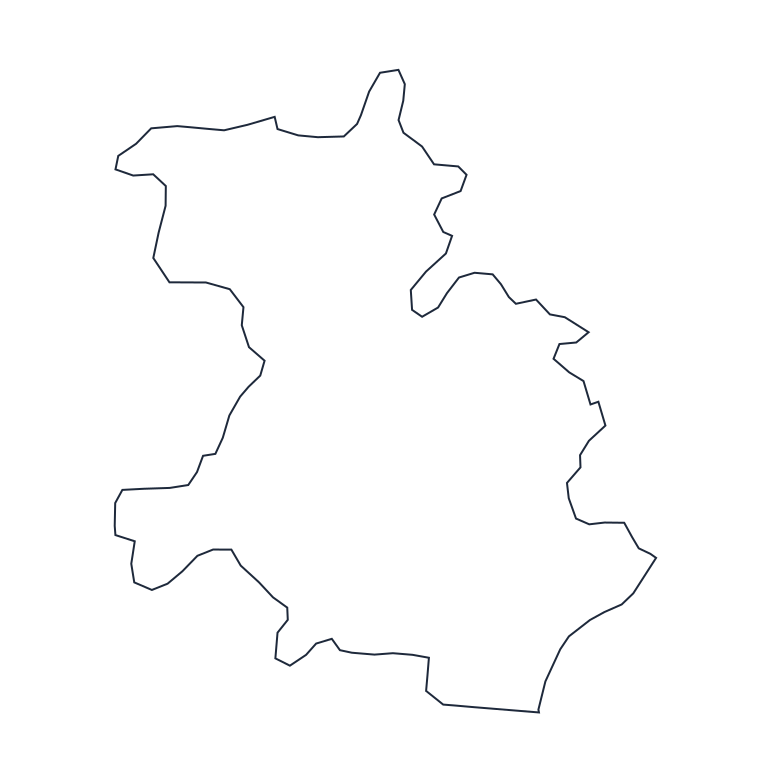 the district of Mungyeong-si, North Gyeongsang, South Korea, rotated 95°
{"feature_id": "91817680B43065782555772", "entity_name": "Mungyeong-si", "entity_type": "district", "adm_level": 2, "iso_a3": "KOR", "parent_name": "South Korea", "parent_adm1": "North Gyeongsang", "projection": "orthographic", "projection_center": [128.138, 36.686], "detail": "fine", "context": "isolated", "style": "outline", "palette": "slate", "viewbox_px": 768, "rotation_deg": 95, "n_neighbors": 0, "source": "geoboundaries", "source_scale": "gbopen_adm2", "svg_char_len": 1852}
<svg xmlns="http://www.w3.org/2000/svg" viewBox="0 0 768 768"><g transform="rotate(95 384 384)"><path d="M314.6,184.7L301.7,209.7L300.2,224.8L286.6,239.9L292.6,259.6L286.5,267.2L274.4,276.2L265.3,285.3L265.3,303.5L271.4,318.6L288.0,329.2L303.1,336.8L313.7,351.9L307.7,362.5L288.0,365.5L268.3,351.9L248.6,333.7L230.5,329.1L227.4,338.2L210.8,348.8L194.1,342.7L185.1,324.5L168.4,320.0L160.8,329.0L160.8,353.3L144.1,366.8L132.0,386.5L119.8,392.5L100.1,389.5L83.5,389.4L69.8,397.0L74.3,415.1L94.0,424.3L118.2,430.4L127.3,433.5L140.9,445.6L143.9,471.4L143.8,491.1L139.3,512.3L127.4,516.2L137.7,542.6L145.2,565.4L145.2,580.6L145.1,598.8L145.1,612.4L149.6,638.2L166.3,651.9L179.9,668.6L193.6,670.2L198.2,652.0L195.2,632.2L205.8,618.6L225.5,617.1L252.8,621.7L278.6,624.8L301.4,606.6L298.4,570.2L303.0,545.9L319.7,530.7L337.9,530.8L359.1,521.7L371.2,505.0L386.4,508.0L398.5,518.6L409.1,526.2L428.8,535.3L451.6,539.9L468.3,545.9L471.3,558.0L488.0,562.6L501.7,570.2L506.2,588.4L509.3,614.1L512.3,635.4L526.0,641.4L548.8,639.9L557.9,638.4L562.4,618.6L576.2,619.5L585.1,620.1L603.4,615.5L609.4,597.3L601.8,582.2L588.1,568.5L571.4,554.9L563.8,539.8L562.3,521.6L577.4,510.9L592.5,491.2L606.2,476.0L615.2,460.9L627.3,459.3L641.0,468.4L666.8,468.3L672.8,453.2L660.6,438.0L648.5,429.0L642.4,413.8L653.0,404.7L654.5,392.6L654.4,369.9L651.4,351.7L651.3,332.0L652.8,315.4L671.0,315.3L686.1,315.3L698.2,297.1L698.1,285.0L698.1,277.4L698.1,266.9L697.7,201.0L694.9,201.8L666.2,197.3L632.9,185.3L619.3,177.8L601.1,158.2L592.0,144.6L582.9,128.0L570.8,117.4L533.5,97.8L530.0,103.8L525.5,115.9L514.9,123.5L501.3,132.6L502.8,152.2L505.9,167.3L501.3,181.0L481.7,190.0L466.6,193.1L449.9,181.0L437.8,182.5L422.7,174.9L406.1,159.8L383.0,168.9L386.4,176.5L363.7,185.5L356.2,200.6L344.1,217.3L328.9,212.7L325.9,196.1L314.6,184.7Z" fill="none" stroke="#1e293b" stroke-width="2"/></g></svg>